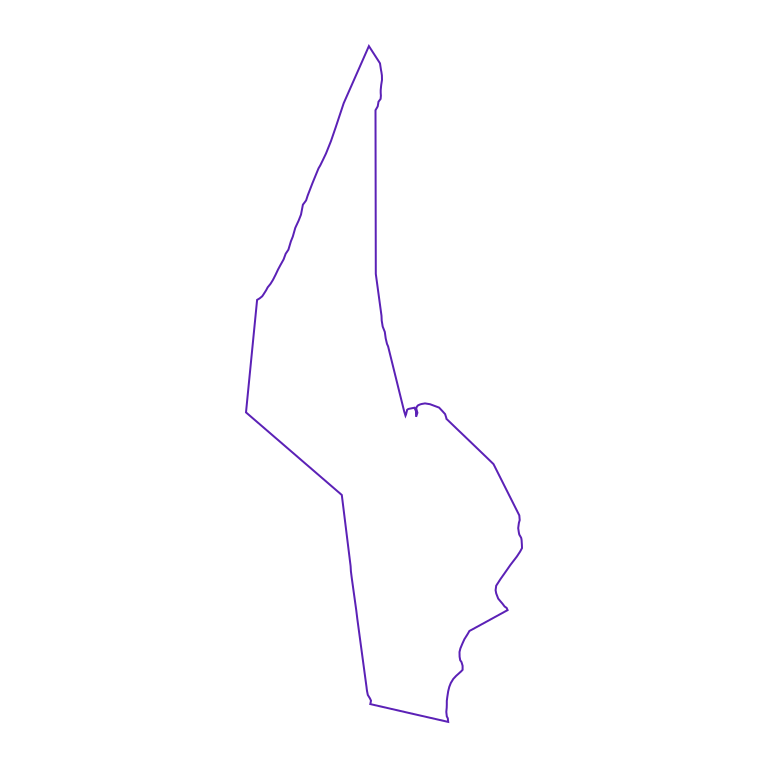 the district of Sitio de Xitlapehua, Oaxaca, Mexico
{"feature_id": "50627088B78797893592894", "entity_name": "Sitio de Xitlapehua", "entity_type": "district", "adm_level": 2, "iso_a3": "MEX", "parent_name": "Mexico", "parent_adm1": "Oaxaca", "projection": "robinson", "projection_center": [-96.535, 16.367], "detail": "fine", "context": "isolated", "style": "outline", "palette": "violet", "viewbox_px": 768, "rotation_deg": 0, "n_neighbors": 0, "source": "geoboundaries", "source_scale": "gbopen_adm2", "svg_char_len": 1986}
<svg xmlns="http://www.w3.org/2000/svg" viewBox="0 0 768 768"><path d="M493.5,464.1L489.8,460.5L466.0,437.6L456.9,428.9L446.4,418.8L446.3,417.9L445.1,414.1L442.3,411.0L439.1,407.6L430.0,404.2L425.0,403.4L421.6,404.0L420.2,404.4L418.1,405.3L417.0,406.5L416.3,408.1L416.2,408.3L417.4,412.8L416.1,416.8L416.0,412.7L416.0,411.4L415.4,409.7L414.7,408.5L414.7,407.9L414.6,407.7L409.1,408.8L408.1,409.1L407.1,409.9L407.0,410.1L407.0,410.4L406.0,414.5L405.5,415.7L404.2,411.5L388.1,346.4L387.0,343.9L385.7,338.4L384.8,331.9L382.7,326.6L381.7,320.5L381.5,315.8L375.8,273.9L375.5,110.2L376.9,107.8L377.7,106.4L378.2,103.6L378.5,101.7L380.6,98.9L380.9,95.7L380.7,93.0L380.7,90.1L381.2,85.0L382.0,79.9L381.9,75.4L381.4,72.0L381.0,70.0L380.0,63.4L379.6,62.7L368.9,46.1L359.2,68.1L343.7,103.2L335.8,127.0L331.0,141.0L326.0,153.5L322.8,160.2L320.3,165.3L318.5,168.4L312.4,183.3L307.7,195.5L306.1,200.4L302.9,204.7L301.0,214.6L298.6,220.7L295.3,227.8L292.8,236.6L290.9,241.3L288.4,249.7L285.7,253.7L283.6,259.4L280.3,265.3L278.0,269.6L275.6,274.7L272.9,280.0L270.4,284.0L267.7,287.3L266.1,290.3L263.5,294.4L262.2,296.3L259.6,298.4L257.1,299.9L246.0,412.4L341.8,495.0L350.6,566.1L350.9,571.2L351.8,578.3L356.3,610.6L357.3,618.8L366.6,687.7L366.6,687.9L367.0,690.9L367.8,694.9L370.0,698.5L371.0,700.7L370.3,704.1L414.8,714.3L447.3,721.7L448.2,721.9L447.8,718.3L446.8,716.4L446.3,711.9L446.7,707.8L446.8,704.7L446.8,700.9L447.3,697.0L448.2,691.2L449.3,686.8L450.8,683.0L453.3,678.9L456.1,675.9L461.3,671.2L462.6,669.8L462.6,665.8L461.5,662.1L460.2,660.2L459.6,656.7L459.5,652.0L460.4,648.4L462.4,643.6L464.4,639.2L467.8,633.8L469.4,631.0L507.6,610.1L506.6,607.9L504.6,606.5L502.5,603.7L500.7,601.6L498.2,598.6L496.2,593.4L495.6,590.2L496.2,585.7L500.6,578.9L505.9,571.4L510.5,564.8L516.8,556.6L520.1,551.6L522.0,548.1L521.9,544.9L521.6,540.2L521.3,538.4L521.1,537.7L519.3,534.6L518.9,532.8L518.2,528.1L518.9,522.9L519.7,520.1L519.3,515.4L493.5,464.1Z" fill="none" stroke="#5b21b6" stroke-width="2"/></svg>